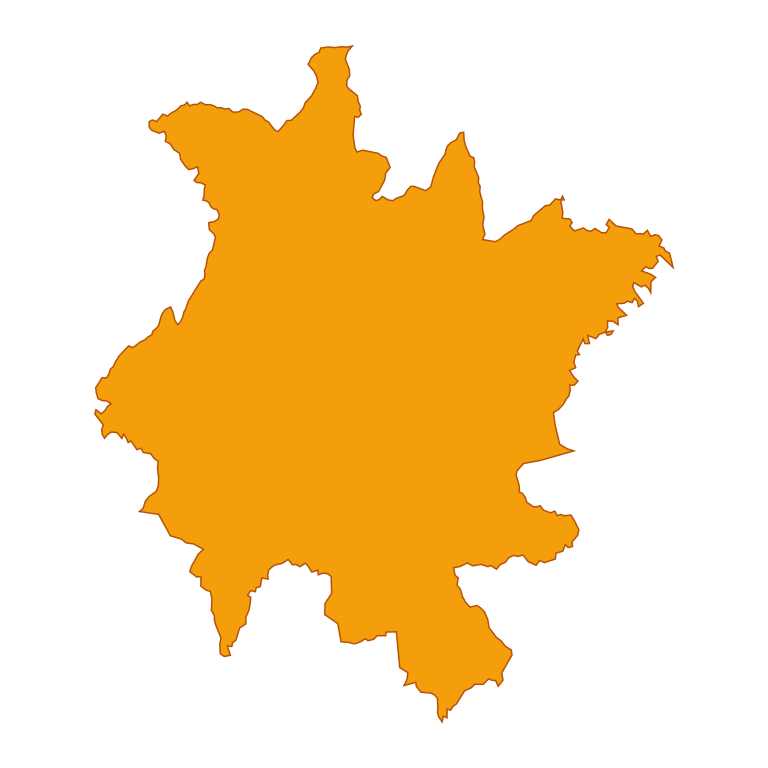 Palmeira das Missões, Rio Grande do Sul, Brazil
{"feature_id": "56859067B60878919931916", "entity_name": "Palmeira das Missões", "entity_type": "district", "adm_level": 2, "iso_a3": "BRA", "parent_name": "Brazil", "parent_adm1": "Rio Grande do Sul", "projection": "natural_earth1", "projection_center": [-53.372, -27.944], "detail": "fine", "context": "isolated", "style": "filled", "palette": "amber", "viewbox_px": 768, "rotation_deg": 0, "n_neighbors": 0, "source": "geoboundaries", "source_scale": "gbopen_adm2", "svg_char_len": 6104}
<svg xmlns="http://www.w3.org/2000/svg" viewBox="0 0 768 768"><path d="M352.3,46.1L346.3,47.1L341.4,46.7L335.2,47.6L328.3,47.0L320.8,48.0L318.9,52.5L315.0,54.3L311.7,57.4L308.1,64.4L313.8,70.9L316.6,76.3L318.0,82.4L315.4,88.9L311.2,96.3L305.3,102.5L303.4,107.8L300.0,112.2L291.3,120.3L286.8,120.6L284.2,124.6L277.9,131.7L274.5,129.8L268.5,122.0L265.2,120.2L262.2,116.6L247.4,109.4L243.0,109.2L238.4,112.0L232.8,112.1L229.0,108.5L225.3,109.0L220.3,107.6L216.9,107.7L213.9,105.8L210.0,104.6L205.6,104.8L200.6,102.3L197.2,104.5L193.4,104.4L189.7,105.9L187.0,102.2L184.6,105.0L181.0,105.7L176.6,110.1L171.2,113.0L167.4,116.1L162.9,114.1L156.6,121.5L152.3,120.0L149.2,121.6L149.2,127.3L151.6,130.2L159.1,133.2L164.4,131.3L166.2,135.9L165.3,141.3L170.0,143.7L173.8,149.5L179.6,153.3L180.6,159.4L185.6,166.5L188.6,169.5L192.4,168.9L197.6,166.9L198.8,173.5L194.0,180.4L196.7,182.5L201.2,182.9L205.3,185.0L204.2,189.7L204.2,195.3L202.8,200.1L206.1,200.7L208.9,202.6L210.6,206.4L213.4,208.9L216.8,209.4L219.3,214.6L218.4,218.8L214.5,221.5L208.7,222.6L209.3,229.5L213.7,233.7L215.5,237.0L212.4,250.1L209.3,253.2L207.5,257.6L206.1,266.2L204.5,270.3L204.9,275.2L204.2,279.0L200.9,280.9L188.3,301.1L186.2,307.7L183.8,312.4L183.1,316.3L180.5,321.6L177.7,324.6L175.0,320.8L172.9,312.1L170.6,306.9L165.2,309.7L162.6,312.9L160.9,317.0L158.7,325.4L156.0,328.7L153.3,330.6L151.6,334.9L148.4,336.7L144.6,340.0L140.2,342.0L133.0,347.6L128.7,345.9L119.6,355.4L115.5,361.7L113.5,366.3L110.4,369.2L108.9,374.0L106.5,378.0L102.1,377.6L95.7,387.7L96.2,392.3L98.1,398.8L102.7,400.7L106.7,400.9L111.1,403.9L107.7,406.2L104.9,410.6L101.3,413.8L95.9,409.7L94.9,414.1L103.3,425.0L101.6,429.7L102.2,434.0L104.5,438.3L107.7,434.4L111.4,432.0L117.1,432.6L121.9,438.5L123.4,434.1L126.2,438.0L128.2,442.6L131.2,441.1L136.8,449.6L141.0,448.3L143.3,452.5L150.6,453.7L154.5,458.8L158.2,461.2L157.5,468.9L158.7,477.5L158.3,486.1L156.1,491.6L149.2,496.4L145.4,501.2L143.1,508.4L139.5,511.5L158.7,514.4L170.3,535.7L181.6,539.2L185.9,542.8L193.8,544.0L203.4,549.2L198.2,554.3L191.5,566.2L189.8,571.6L196.7,577.0L200.9,576.5L200.9,586.2L206.4,590.2L210.3,591.4L212.0,598.9L211.4,610.3L214.4,615.8L214.4,620.0L215.4,624.1L221.0,638.0L219.8,643.9L220.3,653.8L224.3,656.5L230.4,655.3L227.4,646.0L231.8,646.5L232.6,642.7L235.9,640.3L239.6,628.0L245.9,623.8L245.8,617.5L249.1,609.7L250.5,601.1L250.6,597.1L247.5,595.4L250.6,590.6L255.3,591.7L256.2,587.7L260.3,586.6L261.7,578.0L268.1,579.1L267.7,574.8L268.7,570.0L272.5,566.5L275.6,564.8L281.9,563.5L288.2,559.4L292.4,564.8L295.8,564.4L300.0,566.7L305.4,563.1L308.1,566.1L311.8,572.1L317.9,570.2L318.2,574.8L322.9,573.2L327.4,573.6L331.2,576.5L331.6,593.4L325.0,603.6L324.8,614.6L337.8,623.6L341.0,641.8L348.5,642.4L354.6,643.9L360.9,641.6L365.1,638.8L368.1,640.7L373.7,639.3L377.2,635.7L385.7,635.7L386.2,632.0L396.4,631.9L399.7,667.6L407.8,672.6L407.1,679.3L404.0,685.6L415.8,682.3L416.3,686.3L420.9,692.2L430.9,693.1L434.4,694.9L437.3,697.9L437.9,706.9L437.5,712.4L438.5,716.5L442.1,721.9L443.3,716.3L447.0,717.8L447.1,709.0L450.6,710.2L452.9,706.5L456.5,703.9L464.5,690.9L471.3,687.7L474.9,684.2L483.1,684.4L488.5,678.9L492.4,680.4L495.7,680.6L498.2,686.3L503.0,680.2L501.8,672.9L512.0,655.0L511.3,650.0L505.2,646.2L501.3,641.0L496.4,637.4L489.1,627.7L487.8,619.7L484.5,611.8L481.2,608.4L477.0,605.5L470.0,607.1L465.4,601.9L462.5,596.7L460.4,589.3L457.1,585.0L458.2,577.9L455.0,575.2L453.8,567.6L460.2,566.5L467.3,562.9L472.5,565.8L481.3,564.4L487.9,566.7L490.9,565.6L496.5,569.2L499.9,564.8L505.4,562.3L508.6,557.8L513.4,555.4L517.9,556.4L523.1,555.1L528.2,561.7L536.1,565.3L539.6,560.6L544.5,562.6L555.4,559.0L555.9,553.2L562.8,551.2L565.4,544.5L568.2,547.6L572.5,546.5L572.0,541.9L577.6,535.4L578.8,529.9L574.8,521.4L571.0,515.1L564.1,515.7L560.6,514.4L557.3,515.7L554.8,511.1L550.5,512.8L543.6,510.2L540.1,505.6L536.9,506.9L533.4,506.7L526.7,502.2L525.5,497.9L522.6,493.6L519.4,492.0L519.3,486.1L516.1,474.8L517.1,470.7L523.6,463.5L539.9,460.5L573.8,450.9L567.2,448.8L559.7,444.3L555.1,425.0L553.4,412.6L558.7,409.3L563.3,404.4L566.5,398.8L568.9,395.9L570.2,390.2L569.8,385.0L574.3,385.2L578.0,381.1L573.8,377.0L569.5,370.5L575.7,367.7L573.8,361.9L575.7,355.1L579.4,354.6L577.3,351.1L583.2,339.0L584.8,343.6L589.5,343.6L587.7,335.4L595.9,338.6L599.2,334.4L605.4,332.1L607.7,327.3L607.4,321.0L612.9,321.2L618.1,324.7L617.8,317.9L626.6,315.3L618.4,307.5L616.6,303.7L624.0,303.3L627.5,301.1L632.0,302.7L634.4,298.3L637.4,301.1L638.5,306.7L643.4,303.3L634.6,291.1L632.7,286.5L633.9,282.6L641.3,286.9L644.8,285.1L648.5,288.3L650.7,292.6L651.1,281.5L655.6,277.4L651.0,274.4L641.5,270.8L645.8,266.7L649.1,268.5L652.5,268.3L658.2,261.4L656.1,256.3L660.2,255.1L673.1,267.5L669.6,253.2L665.4,251.1L663.8,247.9L659.1,246.1L661.9,240.0L658.6,235.5L654.8,234.8L650.8,236.4L647.3,230.3L643.3,234.1L639.8,233.6L636.3,234.1L631.9,228.9L616.1,226.0L609.1,219.4L606.2,224.5L609.3,227.4L606.0,232.8L601.5,232.7L594.9,228.4L590.9,231.3L586.7,230.4L583.6,228.0L574.4,230.9L569.7,226.0L572.2,222.6L569.9,219.0L562.2,218.3L562.8,212.5L560.6,199.9L555.5,198.9L549.8,205.1L545.4,205.6L533.5,215.7L531.2,220.5L517.8,225.7L513.5,229.3L504.3,235.2L500.7,238.7L495.5,241.7L482.7,239.6L484.9,234.0L482.7,224.6L484.0,217.3L482.3,207.6L482.6,202.2L479.7,191.7L480.2,186.5L478.3,182.7L478.7,177.6L474.1,166.5L474.7,162.3L473.8,157.8L470.1,156.2L466.0,147.2L464.1,140.3L463.7,132.2L459.8,133.0L456.3,139.7L450.7,142.8L447.7,145.7L445.9,149.8L445.2,153.9L438.8,163.4L433.4,177.0L430.8,186.7L425.8,190.7L414.6,186.5L411.0,186.2L407.4,190.0L404.1,195.5L395.9,198.5L393.0,200.7L388.1,199.9L382.2,196.4L379.3,199.5L375.9,200.7L372.1,197.6L373.7,194.0L378.6,191.4L384.7,180.0L385.7,173.2L390.2,167.4L386.2,157.4L381.7,155.9L378.2,153.3L362.8,150.2L356.9,152.0L354.8,147.6L353.1,135.0L354.7,116.4L358.1,117.4L361.3,114.3L359.7,110.1L360.3,106.3L358.2,101.5L357.4,95.8L348.9,88.8L346.6,86.0L347.0,80.1L349.7,75.9L349.4,69.6L345.4,59.5L346.3,55.1L348.2,50.7L352.3,46.1ZM605.4,332.1L607.5,335.4L611.0,334.4L613.2,330.9L605.4,332.1ZM560.6,199.9L564.1,199.9L562.6,196.1L560.6,199.9Z" fill="#f59e0b" stroke="#b45309" stroke-width="1.5"/></svg>